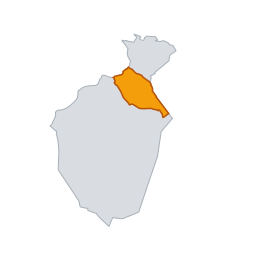 Tahoua highlighted on a map of Niger, rotated 143°
{"feature_id": "NER-95", "entity_name": "Tahoua", "entity_type": "Department", "adm_level": 1, "iso_a3": "NER", "parent_name": "Niger", "parent_adm1": "", "projection": "robinson", "projection_center": [5.147, 16.143], "detail": "fine", "context": "in_parent", "style": "filled", "palette": "amber", "viewbox_px": 256, "rotation_deg": 143, "n_neighbors": 0, "source": "natural_earth", "source_scale": "10m", "svg_char_len": 4838}
<svg xmlns="http://www.w3.org/2000/svg" viewBox="0 0 256 256"><g transform="rotate(143 128 128)"><path d="M189.0,176.6L187.1,176.6L185.9,177.0L184.5,178.2L183.0,178.7L181.0,179.8L179.8,180.6L178.7,181.3L177.1,183.0L176.6,184.2L175.0,184.5L172.8,184.3L171.4,183.0L168.2,181.7L166.1,181.1L165.1,181.0L160.2,180.8L154.9,181.3L152.2,181.9L151.7,182.0L150.2,182.8L148.9,183.7L145.5,187.7L141.0,187.6L138.4,187.2L136.1,186.5L132.9,184.6L128.9,181.8L127.4,181.4L126.0,181.1L125.6,181.2L120.9,184.0L120.0,184.0L118.9,184.3L118.1,185.0L117.6,185.4L117.0,185.4L116.3,185.3L115.6,184.8L114.8,184.0L112.9,180.8L112.5,180.3L111.7,179.3L110.3,177.9L109.3,177.2L108.7,177.0L108.1,177.1L104.3,175.9L100.5,174.5L99.7,174.7L99.1,175.0L97.8,176.0L96.2,176.1L94.3,176.1L93.2,175.9L91.5,176.3L90.3,176.6L88.8,177.3L86.9,179.1L86.3,179.4L85.8,179.7L85.2,184.7L84.6,186.2L83.7,188.2L81.7,190.1L80.4,191.2L80.3,192.8L80.2,195.3L80.2,197.1L80.3,198.2L80.1,198.7L80.0,199.2L80.0,200.0L80.4,200.3L80.5,200.8L80.4,201.2L79.8,201.6L79.1,200.5L78.2,199.7L77.2,199.3L76.6,198.7L76.2,197.9L74.9,196.4L72.0,193.3L71.7,193.2L71.2,193.1L70.3,193.4L69.8,193.9L69.5,194.1L68.9,194.2L67.5,194.6L66.4,195.1L66.3,195.5L66.9,197.8L66.6,199.1L66.1,198.5L64.5,196.1L63.4,194.4L63.2,194.0L63.0,193.4L63.1,193.1L63.6,192.9L64.6,192.7L64.8,192.5L64.8,192.0L64.7,191.1L64.1,189.9L63.5,189.1L63.2,188.9L62.6,188.9L61.9,189.0L60.6,190.0L60.1,190.2L58.8,190.1L57.6,189.9L56.9,189.4L54.8,187.4L52.5,185.4L51.6,185.1L51.3,184.9L51.2,183.3L51.2,181.3L51.4,180.8L52.3,181.1L53.4,181.3L53.7,180.9L52.9,180.2L51.7,179.6L51.3,178.5L50.9,178.1L50.4,177.8L49.8,177.6L49.2,177.3L48.8,177.0L48.1,176.8L47.3,176.6L46.3,174.9L45.3,173.3L44.7,172.0L44.5,171.2L44.8,169.9L44.5,169.3L43.4,168.0L42.4,166.7L42.7,164.8L42.9,163.2L42.9,162.2L43.0,161.6L43.2,160.9L43.8,160.7L45.4,160.7L48.5,161.0L51.0,160.7L52.9,158.9L54.9,157.1L57.8,156.9L61.0,156.7L63.4,156.6L67.1,156.5L70.0,156.4L73.4,156.2L73.5,155.4L73.7,155.2L74.0,155.2L76.5,155.6L78.9,156.0L79.0,154.5L81.1,152.5L82.3,152.1L82.6,151.7L82.9,151.1L83.2,150.0L83.3,149.3L83.7,148.7L84.0,147.6L84.4,145.6L85.6,143.6L86.3,140.8L86.4,138.1L86.5,136.0L86.8,135.6L86.8,132.0L86.8,128.3L86.8,125.2L86.8,121.4L86.8,118.0L86.8,114.3L86.8,111.0L86.8,108.9L89.2,108.4L91.6,107.8L95.2,107.0L99.0,106.2L103.3,105.2L104.2,104.7L107.4,101.5L108.8,100.1L111.7,97.3L113.9,95.1L116.6,92.3L119.6,89.5L121.9,87.3L125.6,84.8L131.2,81.0L136.8,77.2L142.3,73.4L147.9,69.6L153.4,65.8L158.9,62.0L164.5,58.2L170.0,54.4L175.6,55.8L180.9,57.2L186.3,58.6L187.6,59.3L190.4,62.0L194.1,65.5L194.3,65.6L197.9,63.5L202.4,60.9L203.7,68.1L204.7,74.3L204.8,78.2L204.9,79.2L205.3,79.9L206.1,80.6L209.6,86.3L208.9,87.3L209.4,89.1L210.3,89.8L213.2,93.2L213.6,93.9L213.4,94.4L211.5,98.4L211.2,99.4L210.9,104.5L210.6,108.1L210.3,113.0L210.0,118.9L209.7,123.9L209.3,130.5L208.9,136.7L206.1,140.1L201.1,146.2L197.1,151.1L195.0,154.4L191.1,160.9L189.3,165.1L187.9,167.3L187.2,168.2L187.9,171.3L189.0,176.6Z" fill="#d9dde1" stroke="#a8b0b8" stroke-width="1"/><path d="M107.6,177.4L107.4,177.2L104.3,175.9L101.2,174.5L100.8,174.4L99.2,174.7L98.9,174.9L98.8,175.1L98.6,175.5L98.1,176.0L97.6,176.2L96.1,176.1L95.0,176.3L94.3,176.3L94.1,176.1L93.8,175.9L93.6,175.7L93.2,175.8L91.1,176.4L90.4,174.2L89.4,172.3L89.4,172.2L88.9,168.0L88.8,167.5L88.0,165.6L87.7,165.3L87.0,164.7L85.5,161.9L85.4,161.6L85.4,161.1L85.4,159.4L83.0,151.7L82.9,151.5L83.0,151.1L83.1,150.6L83.2,149.4L83.3,149.2L83.5,148.9L84.1,148.2L84.0,147.6L83.9,147.3L84.0,146.9L84.9,144.3L85.1,144.0L85.3,143.8L85.6,143.6L86.0,143.3L86.2,143.1L86.3,142.8L86.3,141.5L86.3,140.4L86.3,138.7L86.3,137.9L86.4,137.6L86.5,137.4L86.4,136.2L86.5,135.8L86.6,135.7L86.9,135.6L86.9,134.3L86.8,133.5L86.8,132.0L86.8,130.4L86.8,128.9L86.8,127.4L86.8,125.8L86.8,124.3L86.8,123.4L86.8,122.7L86.8,121.2L86.8,119.7L86.8,118.1L86.8,116.6L86.8,115.1L87.0,115.1L92.7,115.1L93.7,115.5L92.3,118.7L92.2,119.0L92.2,119.3L92.2,119.6L92.3,119.8L92.3,120.0L92.2,120.4L92.2,120.5L92.3,122.0L92.0,122.7L91.9,122.8L91.9,123.0L92.0,123.3L92.1,123.5L92.3,123.6L92.5,123.7L93.6,123.8L93.8,123.9L93.8,124.0L94.1,125.3L94.3,125.6L96.2,127.3L97.6,129.5L97.8,129.8L98.1,130.0L103.9,134.0L106.3,136.0L107.3,137.2L107.3,137.3L109.7,143.6L109.9,144.1L110.0,144.2L110.1,144.3L110.8,144.9L110.9,145.0L111.0,145.0L112.7,145.5L112.9,145.6L112.9,145.8L112.9,146.0L112.7,148.0L113.4,155.1L111.8,161.4L111.8,161.7L111.8,161.9L111.2,167.8L111.2,168.1L111.3,168.5L111.6,169.4L111.7,169.5L111.7,169.8L111.8,170.1L111.8,170.9L111.7,172.2L111.7,172.4L111.6,172.5L111.4,172.6L111.0,172.7L110.9,172.7L110.9,172.8L110.7,172.9L110.6,173.0L109.9,173.6L109.7,173.9L109.7,174.1L109.8,174.7L109.8,175.0L109.7,175.2L109.3,175.5L109.2,175.7L109.2,175.9L109.1,176.2L109.1,176.9L109.2,177.1L108.6,176.9L108.4,177.0L107.7,177.4L107.6,177.4Z" fill="#f59e0b" stroke="#b45309" stroke-width="1.5"/></g></svg>